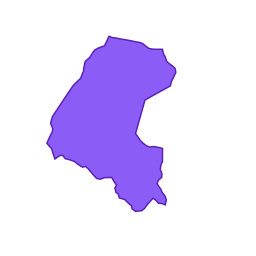 Abadia de Goiás, Goiás, Brazil, rotated 231°
{"feature_id": "56859067B10262274710993", "entity_name": "Abadia de Goiás", "entity_type": "district", "adm_level": 2, "iso_a3": "BRA", "parent_name": "Brazil", "parent_adm1": "Goiás", "projection": "mercator", "projection_center": [-49.464, -16.79], "detail": "fine", "context": "isolated", "style": "filled", "palette": "violet", "viewbox_px": 256, "rotation_deg": 231, "n_neighbors": 0, "source": "geoboundaries", "source_scale": "gbopen_adm2", "svg_char_len": 1412}
<svg xmlns="http://www.w3.org/2000/svg" viewBox="0 0 256 256"><g transform="rotate(231 128 128)"><path d="M211.2,170.9L209.1,166.7L206.7,161.5L207.9,157.9L209.0,154.7L209.5,151.1L208.6,147.4L206.9,142.8L206.7,136.7L202.2,131.1L200.0,129.1L198.8,126.4L196.4,122.5L196.0,116.8L195.5,112.2L193.6,105.8L184.5,76.7L182.7,74.0L180.3,70.8L174.8,69.1L172.5,66.5L171.1,63.1L168.9,58.6L167.1,55.3L159.9,55.6L156.3,54.1L152.6,52.7L149.9,51.7L149.6,57.6L147.8,60.0L143.6,60.0L140.9,62.1L135.6,65.4L132.2,66.0L126.2,68.0L124.8,70.9L121.5,71.4L114.0,71.5L108.6,71.9L105.8,74.0L104.2,78.5L99.8,84.2L95.2,83.4L90.9,83.2L89.6,80.0L85.5,78.1L82.7,78.9L79.2,77.2L74.4,80.5L68.8,81.0L65.5,81.8L62.6,80.3L58.4,81.4L55.1,86.7L55.1,90.5L56.2,94.1L57.1,99.3L57.7,103.2L54.1,104.2L50.4,104.3L48.0,106.8L44.8,108.6L48.1,112.6L51.5,113.9L56.8,114.1L60.1,115.0L63.7,115.2L66.7,115.7L68.3,119.3L68.4,123.0L70.9,125.5L75.6,127.1L78.9,130.8L80.1,133.6L82.9,135.8L90.4,142.0L94.9,138.6L97.9,135.7L99.5,132.9L102.6,131.1L106.1,130.3L110.3,129.7L114.7,130.1L118.9,130.3L139.0,158.7L137.9,165.8L134.1,187.4L137.0,191.4L139.0,195.8L141.2,200.2L144.7,202.1L148.7,201.5L152.2,200.5L155.5,200.0L159.6,201.6L163.4,202.3L167.5,204.3L171.1,199.9L173.4,197.1L176.7,194.3L180.3,193.4L184.5,192.5L187.3,190.8L189.7,188.6L193.3,185.7L197.9,181.8L202.3,177.9L205.1,175.6L208.5,172.5L211.2,170.9Z" fill="#8b5cf6" stroke="#5b21b6" stroke-width="1.5"/></g></svg>